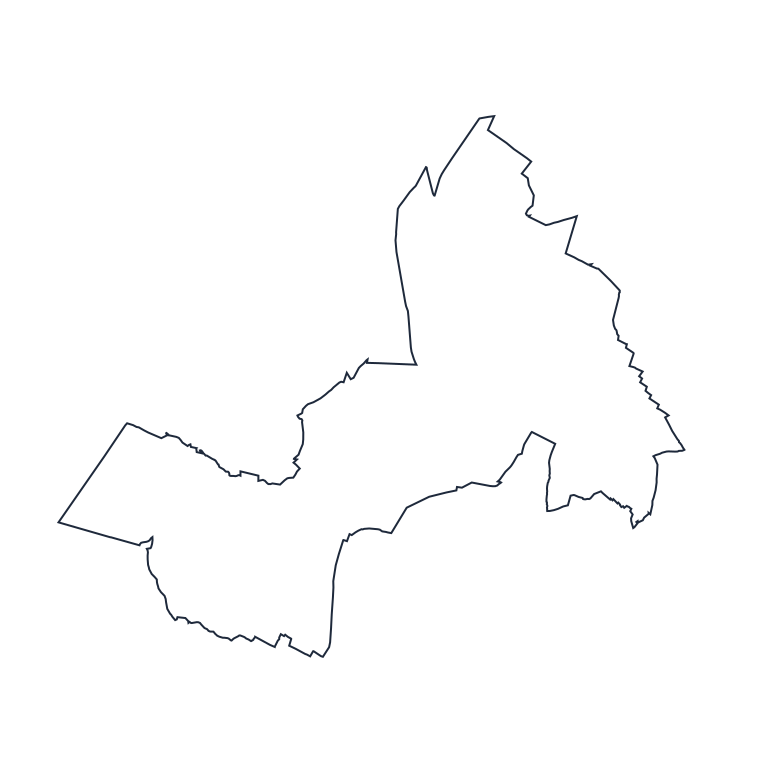 Tlanalapa, Hidalgo, Mexico, rotated 187°
{"feature_id": "50627088B50313266532501", "entity_name": "Tlanalapa", "entity_type": "district", "adm_level": 2, "iso_a3": "MEX", "parent_name": "Mexico", "parent_adm1": "Hidalgo", "projection": "robinson", "projection_center": [-98.588, 19.828], "detail": "fine", "context": "isolated", "style": "outline", "palette": "slate", "viewbox_px": 768, "rotation_deg": 187, "n_neighbors": 0, "source": "geoboundaries", "source_scale": "gbopen_adm2", "svg_char_len": 6136}
<svg xmlns="http://www.w3.org/2000/svg" viewBox="0 0 768 768"><g transform="rotate(187 384 384)"><path d="M549.0,123.1L548.0,124.2L546.8,123.4L545.7,123.3L540.8,124.8L539.3,124.9L537.5,124.4L536.1,123.0L532.4,119.9L529.7,119.1L528.1,117.6L526.4,117.1L523.1,117.4L520.9,115.3L519.8,114.6L519.0,113.9L516.6,113.1L513.0,112.5L511.3,112.7L508.3,112.7L507.1,112.4L504.8,110.9L504.0,110.8L502.8,112.3L501.8,113.3L498.1,115.8L497.0,116.8L496.0,116.9L492.1,115.9L490.8,115.3L489.8,114.6L487.3,113.9L484.6,112.6L483.9,113.0L483.5,113.6L482.9,113.8L482.5,114.3L482.3,115.2L481.1,116.9L481.1,117.4L465.2,111.1L460.4,109.7L460.4,109.9L458.1,116.4L456.9,117.9L457.1,119.6L455.9,123.1L452.5,121.6L451.5,123.1L448.6,121.3L445.1,119.9L445.0,119.7L446.2,112.7L439.4,110.4L429.2,106.4L427.7,106.1L424.1,104.7L421.8,110.1L421.3,110.2L413.4,106.2L411.4,105.8L406.4,116.1L406.0,121.0L406.8,135.3L407.8,148.9L408.7,166.1L409.4,175.9L410.3,182.0L410.3,182.8L409.8,198.2L408.1,209.6L405.4,224.1L405.2,224.2L401.6,223.5L399.9,230.8L397.6,230.1L394.2,233.3L391.6,235.3L388.7,237.1L387.4,237.1L386.0,237.8L381.1,238.8L372.3,239.1L370.4,238.9L367.8,237.5L364.1,237.4L362.0,237.1L358.6,236.9L346.4,264.0L325.4,277.6L308.7,284.0L299.2,287.2L299.0,290.7L294.0,290.6L284.9,296.9L266.3,295.7L263.4,295.8L261.2,296.1L259.3,297.0L257.6,298.9L256.4,299.8L255.8,300.5L256.6,300.8L259.2,301.1L257.5,303.1L252.8,311.7L248.8,316.7L247.6,318.6L245.8,322.3L243.6,327.6L242.4,330.0L238.7,331.6L238.5,334.5L237.6,340.6L237.3,341.6L232.0,353.6L231.4,354.4L206.8,345.5L209.1,337.1L209.9,333.5L210.6,328.5L210.6,325.9L209.1,319.8L209.0,317.9L208.5,315.2L208.8,313.6L208.0,311.0L208.9,308.2L208.9,306.9L209.4,305.8L209.6,302.3L209.5,300.2L208.9,296.9L209.0,295.8L208.7,294.6L208.8,293.0L208.7,289.4L208.4,286.9L207.9,286.5L207.7,285.5L207.8,284.6L207.2,283.5L207.0,282.8L207.2,281.2L207.0,280.4L206.8,280.0L206.8,279.1L206.5,277.8L203.9,278.2L200.0,279.5L196.1,281.3L191.2,284.3L186.7,286.0L185.2,295.9L182.4,296.9L181.4,296.9L177.0,295.6L173.0,295.1L172.4,294.1L171.8,294.0L170.3,294.0L167.8,294.8L166.4,294.8L165.2,295.6L162.0,300.4L155.6,303.9L153.7,302.4L145.5,296.9L145.1,298.0L143.0,296.4L142.3,297.7L137.7,293.9L137.0,294.8L135.0,293.1L135.0,292.5L133.4,290.8L131.8,291.8L130.5,290.4L128.2,292.6L127.6,292.2L126.0,291.9L124.5,290.8L123.3,290.3L124.1,287.8L121.3,284.8L122.4,280.8L121.9,278.0L119.1,271.4L118.0,272.4L115.4,276.7L116.7,277.8L115.5,278.9L115.1,277.4L110.5,280.3L109.5,283.1L105.4,287.5L105.6,288.3L103.8,287.1L102.9,296.6L103.3,300.7L102.5,304.0L101.5,311.7L101.4,319.5L101.9,323.2L102.0,327.5L102.7,337.3L106.2,343.4L107.8,345.1L105.7,346.5L101.5,348.4L99.6,349.7L95.3,351.4L93.3,351.8L86.4,352.4L84.3,352.8L83.1,353.6L80.1,354.0L78.3,354.9L77.8,355.3L79.5,357.2L81.2,359.6L82.9,361.4L84.1,362.2L84.4,363.5L86.0,364.9L92.3,372.6L96.2,378.5L100.9,385.1L97.7,387.5L101.6,389.7L106.9,392.2L109.8,393.1L108.7,397.0L118.8,402.0L117.5,405.5L120.8,407.3L123.6,409.1L122.8,413.3L130.0,416.9L128.5,420.9L131.7,422.8L128.8,427.9L135.8,430.1L136.8,430.8L138.6,431.2L142.6,431.7L139.9,444.6L140.2,445.3L148.3,449.4L147.8,453.1L148.8,453.2L157.1,456.2L157.0,460.4L158.6,461.9L159.6,465.1L160.1,466.0L161.3,466.9L163.0,470.1L164.5,475.5L161.6,498.0L161.5,500.0L161.8,501.1L161.6,503.4L161.2,503.7L161.4,505.5L171.5,514.0L185.2,524.5L185.7,524.6L186.7,524.5L193.8,526.6L192.7,528.2L196.0,527.3L202.6,530.0L205.9,530.9L210.6,532.9L219.6,535.7L213.1,574.1L217.6,571.9L225.5,568.7L231.3,566.0L234.8,564.8L239.2,562.6L242.8,561.4L260.5,567.6L259.8,568.9L261.0,568.5L262.8,568.9L263.9,570.4L262.8,573.7L262.0,575.1L261.2,576.0L260.0,577.5L258.3,579.1L258.3,589.5L264.4,598.8L266.4,605.8L272.9,609.6L265.0,622.7L269.6,625.5L283.8,633.0L291.7,638.1L311.8,648.7L307.3,663.3L312.8,661.9L321.6,659.2L322.0,658.6L343.9,616.5L350.4,603.5L352.3,599.3L353.8,594.7L356.7,577.2L357.0,577.1L357.4,577.3L358.7,579.2L366.6,599.5L367.5,601.9L367.9,603.8L368.4,604.3L368.8,604.4L376.5,584.8L376.9,584.1L378.4,582.3L381.8,577.7L387.1,568.1L390.4,562.5L391.6,559.5L390.5,536.1L390.2,534.3L390.1,528.0L387.7,516.5L373.0,468.1L371.6,464.0L369.2,459.4L367.9,453.7L361.8,423.6L360.6,419.4L357.4,412.4L355.9,409.7L354.2,407.1L392.2,404.0L403.5,402.9L403.3,406.4L404.3,405.4L406.7,401.8L409.3,399.0L410.9,396.9L414.9,386.5L417.6,384.7L422.3,390.6L424.3,380.8L426.8,381.0L428.5,380.0L433.6,374.6L435.7,371.7L437.7,369.9L440.8,366.4L445.3,362.0L451.8,357.3L457.0,354.7L458.8,352.8L461.5,349.0L461.7,345.3L462.5,344.5L466.1,342.2L465.4,341.0L463.6,339.3L461.5,339.1L460.6,337.9L460.7,336.2L458.2,326.1L457.4,319.1L457.3,314.4L459.3,307.3L460.2,303.4L464.3,298.9L464.3,298.7L461.2,298.5L464.2,294.9L461.5,293.2L457.3,289.8L459.7,286.5L460.9,283.3L462.6,280.0L466.8,279.2L468.5,278.6L470.9,276.3L474.9,271.5L482.7,271.7L484.5,270.8L486.6,270.6L488.1,271.5L490.3,273.4L492.5,274.1L496.9,272.5L497.5,277.7L515.8,279.8L515.3,275.5L516.5,275.9L517.5,275.7L519.0,274.8L520.2,274.4L522.2,274.4L524.8,274.1L525.8,274.2L526.3,274.5L526.7,276.4L527.2,277.2L528.0,277.9L530.4,277.8L532.9,279.8L537.2,281.5L537.5,281.8L538.4,283.9L539.0,284.0L541.8,287.4L543.0,287.9L543.0,288.1L545.2,288.7L551.2,291.4L552.3,291.2L554.2,292.9L555.1,293.3L555.4,294.1L556.3,294.6L556.7,295.4L557.8,295.9L558.6,295.6L558.5,295.4L556.9,293.1L561.6,293.6L562.5,297.2L562.3,297.5L568.0,298.0L568.8,300.5L570.1,299.8L571.4,298.5L576.9,301.3L579.1,303.7L581.1,305.5L583.7,306.2L590.1,306.8L591.7,306.8L591.8,307.5L594.6,309.3L593.1,306.6L598.4,303.1L612.1,307.1L616.4,308.7L622.1,311.1L624.4,311.2L628.0,312.6L634.2,313.7L635.8,311.4L652.7,278.2L690.2,207.0L636.9,198.5L636.5,198.6L607.0,194.1L606.7,195.3L605.7,196.8L603.9,197.5L600.6,198.4L598.9,199.2L597.6,200.3L596.4,202.6L595.2,203.8L594.7,200.9L594.7,197.2L595.2,193.9L595.7,192.6L599.3,191.5L598.3,189.9L597.8,188.1L597.7,184.9L597.2,181.1L596.1,175.7L595.1,173.4L594.4,171.4L591.4,167.1L588.0,164.4L585.7,162.3L585.2,159.6L584.6,157.8L583.6,155.6L582.9,153.6L580.0,150.2L576.0,147.0L574.5,144.0L573.7,140.8L571.7,134.4L568.3,129.9L567.2,129.1L565.7,127.2L562.5,124.2L561.0,125.1L560.6,127.4L552.6,127.5L549.5,124.9L549.0,123.1Z" fill="none" stroke="#1e293b" stroke-width="2"/></g></svg>